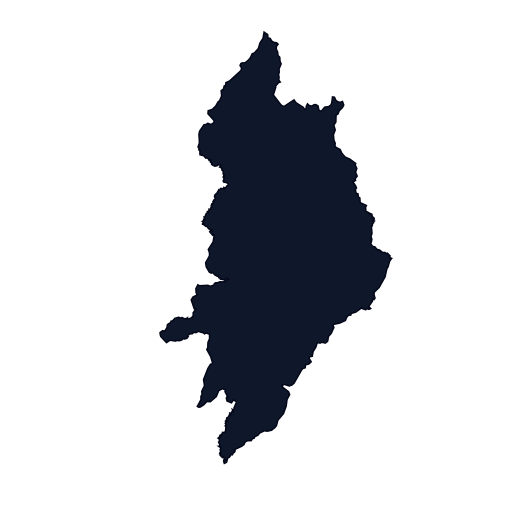 Ban Dan Lan Hoi, Sukhothai, Thailand (Mercator projection), rotated 35°
{"feature_id": "78962969B72722062907305", "entity_name": "Ban Dan Lan Hoi", "entity_type": "district", "adm_level": 2, "iso_a3": "THA", "parent_name": "Thailand", "parent_adm1": "Sukhothai", "projection": "mercator", "projection_center": [99.505, 17.028], "detail": "fine", "context": "isolated", "style": "filled", "palette": "ink", "viewbox_px": 512, "rotation_deg": 35, "n_neighbors": 0, "source": "geoboundaries", "source_scale": "gbopen_adm2", "svg_char_len": 6124}
<svg xmlns="http://www.w3.org/2000/svg" viewBox="0 0 512 512"><g transform="rotate(35 256 256)"><path d="M238.2,79.8L236.8,81.9L234.6,82.7L232.2,82.7L229.2,80.9L227.4,81.8L230.2,87.1L230.7,89.5L229.7,92.1L226.9,94.6L226.4,100.1L223.9,100.5L220.8,97.5L218.2,97.6L216.8,98.7L215.7,101.2L213.2,102.2L210.9,101.8L211.3,104.5L212.6,106.8L211.8,108.0L209.5,107.1L200.9,107.5L197.6,106.3L193.3,117.2L192.0,117.9L189.5,117.8L177.8,114.1L175.5,106.7L174.6,105.5L175.0,101.1L176.1,99.6L173.7,98.8L172.3,96.2L170.5,94.6L169.6,92.1L167.6,89.6L166.4,84.2L164.0,82.7L161.5,79.6L158.9,79.1L157.0,76.7L153.9,74.8L152.5,72.6L152.6,69.8L150.5,69.5L148.2,70.7L145.6,70.9L142.8,69.6L140.8,70.5L138.5,67.9L134.2,68.0L136.9,73.7L137.0,78.9L138.9,84.7L138.2,90.5L136.9,92.5L137.7,97.4L137.2,100.8L136.1,104.2L133.8,105.8L133.2,107.1L133.7,109.2L136.3,110.2L137.3,112.7L133.9,127.9L131.9,131.2L133.4,134.2L132.4,134.8L133.6,138.0L132.6,140.5L136.1,144.7L137.1,149.7L136.5,151.6L137.0,156.1L136.1,161.0L133.5,164.4L135.0,167.0L144.0,169.1L145.0,170.8L143.8,174.1L140.4,174.9L139.5,177.1L138.1,178.3L138.2,186.0L139.4,189.0L144.7,195.7L146.0,200.0L147.7,200.6L148.2,201.8L149.5,201.8L152.0,205.2L156.0,203.8L158.6,204.7L160.1,203.4L162.9,204.6L163.6,203.2L164.9,205.3L166.6,204.9L166.8,206.2L167.7,206.5L170.7,206.1L172.4,204.4L172.9,202.5L175.5,202.2L175.2,204.0L177.7,203.7L178.8,205.2L180.3,205.2L182.1,207.7L183.6,207.7L183.3,208.5L184.3,209.5L183.8,210.2L185.6,211.0L186.1,213.5L187.6,214.0L188.9,212.7L189.7,213.1L190.9,212.4L192.6,213.6L191.8,215.8L192.2,217.1L191.0,218.3L191.4,219.1L190.4,218.5L190.5,219.7L188.4,220.8L188.4,222.2L187.5,222.7L187.9,227.1L187.3,229.1L187.7,230.9L190.2,232.9L189.3,234.5L190.0,235.0L189.5,235.2L189.6,236.4L190.8,237.5L189.9,238.6L190.4,240.3L191.1,239.7L192.2,241.2L191.2,241.9L192.0,244.0L190.6,244.6L191.5,245.8L190.8,247.4L191.7,247.4L192.0,248.1L190.8,249.5L191.8,253.6L191.1,253.9L193.0,255.6L192.1,256.1L192.8,257.3L192.3,258.2L193.4,257.9L193.5,259.4L194.5,259.4L193.5,261.0L194.7,260.3L197.8,260.5L198.8,259.9L201.7,260.9L204.7,260.0L205.3,260.3L204.2,260.4L204.1,262.7L208.7,263.9L209.1,262.9L209.8,262.9L212.8,269.1L213.2,278.0L216.0,280.0L217.8,282.6L218.6,290.4L221.4,293.4L227.1,296.0L229.2,295.7L229.9,294.4L233.2,295.1L235.9,294.8L236.1,293.9L238.2,295.1L239.1,294.6L240.0,295.4L243.6,293.7L244.6,292.7L244.8,291.0L246.7,291.0L245.5,294.7L244.7,294.5L244.1,296.0L241.2,297.8L239.7,300.2L238.5,300.8L237.7,302.4L238.2,303.9L235.9,307.0L233.4,307.6L226.7,312.8L224.9,312.9L225.5,317.3L228.0,320.4L230.2,321.5L227.9,325.7L228.1,329.1L235.7,334.7L237.1,333.8L237.1,338.7L239.0,341.0L238.5,342.0L239.2,342.7L236.9,346.2L235.4,346.8L235.2,346.1L234.1,348.2L230.5,348.9L230.2,350.0L227.8,350.5L225.3,353.6L224.8,357.4L223.8,357.9L224.2,359.5L222.8,363.0L224.2,365.9L224.3,369.9L222.4,370.7L221.3,373.7L222.5,375.2L224.2,376.6L232.4,378.3L233.9,374.3L238.8,371.9L240.0,370.3L241.6,369.6L243.3,367.5L243.9,365.3L245.1,365.0L246.6,363.1L246.7,360.9L245.9,360.9L245.7,360.1L246.4,357.9L248.5,356.1L248.7,354.4L250.9,353.1L251.9,350.8L256.0,349.6L256.2,348.7L258.4,349.4L259.4,347.6L262.8,346.8L265.4,350.4L266.2,354.3L269.0,358.7L269.3,360.8L276.7,364.5L281.8,368.6L281.9,369.6L280.8,370.8L281.1,375.8L283.9,387.3L288.2,391.8L289.2,398.0L291.2,400.3L291.4,402.6L293.3,405.2L294.2,412.9L296.0,412.7L297.1,411.5L298.6,407.7L299.2,403.5L302.2,401.5L304.1,393.8L302.7,387.7L304.5,384.1L307.7,383.1L308.4,384.9L313.4,387.5L312.9,387.8L313.2,389.4L315.4,391.4L320.1,390.4L320.1,387.0L323.7,386.4L325.1,393.0L326.0,394.4L325.9,395.3L324.8,395.3L326.5,396.6L325.5,397.1L325.9,399.1L325.1,399.4L326.3,399.8L325.1,400.6L326.0,401.5L325.3,401.9L325.9,403.3L324.9,405.3L325.7,407.2L326.7,407.4L326.2,407.9L326.9,407.9L326.1,409.2L327.0,409.5L326.8,410.7L328.2,411.2L328.1,412.7L329.8,413.8L331.6,417.4L331.2,418.8L329.7,419.7L330.4,421.5L329.9,422.1L330.7,422.6L329.3,423.6L330.4,425.6L329.6,425.8L329.4,426.9L330.3,426.7L332.3,428.7L332.1,429.9L334.7,431.4L335.1,432.8L334.5,433.3L337.5,433.3L337.6,435.2L339.0,436.0L339.4,438.2L340.0,437.9L340.0,438.9L340.9,438.6L341.0,439.8L344.2,440.4L344.6,439.4L346.2,440.0L346.6,441.4L347.5,440.9L347.2,442.7L349.0,444.1L350.2,441.9L348.7,437.5L349.6,436.2L349.6,432.6L350.7,432.3L350.3,430.5L350.9,429.1L350.7,427.9L350.0,428.0L350.1,427.2L349.4,427.0L353.4,420.1L354.3,417.4L353.8,414.5L355.0,412.2L358.0,410.0L357.9,407.5L359.0,406.4L358.6,404.9L360.4,401.6L360.5,399.0L363.1,394.4L365.8,393.0L368.7,389.8L369.9,385.6L370.0,383.1L368.1,377.9L368.9,369.3L366.8,361.6L363.7,355.7L363.1,350.3L360.5,348.5L353.3,348.2L351.7,347.2L352.8,344.9L357.8,343.4L359.6,340.7L360.1,338.2L358.7,323.0L358.9,321.3L360.4,319.4L359.0,316.6L361.2,314.3L361.9,311.0L357.9,309.3L358.0,307.5L359.6,305.9L357.6,301.5L357.3,296.3L356.1,292.6L356.7,291.3L358.5,290.6L359.4,288.9L362.7,287.6L363.6,284.8L361.5,280.3L362.0,276.3L360.8,269.9L358.9,268.6L358.8,267.5L363.0,263.0L366.2,257.6L365.4,253.8L365.9,251.2L367.5,250.2L367.0,248.4L369.9,244.8L372.1,238.4L376.7,237.1L376.9,235.7L379.1,234.9L380.1,233.3L377.3,232.7L377.3,226.5L376.4,224.5L377.6,224.2L377.7,222.3L374.8,219.9L373.6,217.9L374.9,211.3L373.7,199.1L370.5,191.4L370.4,189.1L368.4,183.6L368.5,180.1L367.5,180.4L365.4,179.7L365.6,179.0L361.9,178.3L361.1,179.5L359.6,179.1L357.7,180.5L353.8,180.2L352.4,180.7L352.5,181.5L348.0,180.3L346.2,181.3L342.9,180.1L342.0,177.1L340.9,176.5L341.3,175.8L339.0,174.1L338.1,171.0L333.6,165.6L334.0,164.6L332.8,162.5L333.3,161.2L332.3,160.6L332.8,159.5L331.3,159.9L331.8,158.3L331.3,157.4L330.0,157.0L329.4,157.7L326.9,155.3L325.3,155.6L324.6,156.5L323.9,155.8L320.3,156.3L317.8,153.2L317.5,151.3L310.7,152.5L307.8,148.9L306.1,148.9L303.7,146.5L302.8,147.2L301.2,146.6L299.1,144.1L299.3,142.6L296.8,141.1L296.4,141.5L295.1,140.4L292.9,140.1L294.2,136.9L292.9,136.0L293.1,132.5L289.5,130.3L288.4,126.5L285.0,124.5L284.6,123.0L277.4,122.8L272.3,123.8L267.4,122.6L263.9,120.5L259.0,121.1L257.6,120.6L256.2,118.2L253.4,116.4L249.9,112.3L248.6,107.3L244.7,104.2L244.6,100.5L240.8,94.7L241.7,92.6L240.9,89.4L241.7,84.8L241.3,82.0L238.2,79.8Z" fill="#0f172a" stroke="#020617" stroke-width="1.5"/></g></svg>